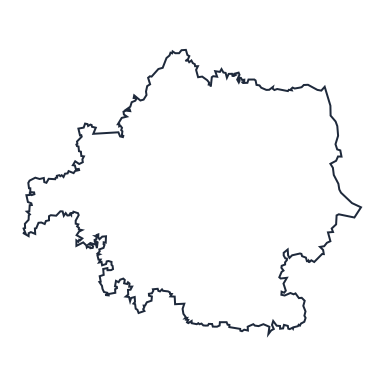 the district of Bogra, Rajshahi, Bangladesh
{"feature_id": "16705992B87441692505107", "entity_name": "Bogra", "entity_type": "district", "adm_level": 2, "iso_a3": "BGD", "parent_name": "Bangladesh", "parent_adm1": "Rajshahi", "projection": "mercator", "projection_center": [89.284, 24.83], "detail": "fine", "context": "isolated", "style": "outline", "palette": "slate", "viewbox_px": 384, "rotation_deg": 0, "n_neighbors": 0, "source": "geoboundaries", "source_scale": "gbopen_adm2", "svg_char_len": 5876}
<svg xmlns="http://www.w3.org/2000/svg" viewBox="0 0 384 384"><path d="M324.7,86.8L321.3,90.6L317.4,89.9L308.0,84.8L303.8,85.0L301.6,87.2L299.4,87.7L294.7,88.5L292.6,87.6L291.2,88.9L291.8,90.3L288.8,89.8L287.9,91.1L277.2,89.0L274.4,90.0L272.5,88.5L272.9,87.0L269.2,89.8L266.3,89.9L261.2,87.7L259.5,85.4L256.5,84.9L255.6,80.5L254.3,79.5L248.5,79.5L247.4,82.8L243.1,83.0L242.4,82.3L244.2,81.5L244.3,79.7L242.2,80.0L240.9,77.9L239.1,77.7L239.6,80.7L238.8,82.5L237.2,79.6L239.5,74.8L238.6,72.6L234.2,73.8L233.9,74.9L235.3,75.2L233.8,76.0L232.5,75.9L232.0,73.8L228.7,73.9L226.9,77.8L225.6,72.9L223.4,72.5L221.5,69.1L219.9,71.9L215.2,71.2L217.1,76.7L213.2,76.2L211.8,77.2L210.8,86.6L210.2,84.8L208.7,84.6L209.1,82.6L207.2,80.2L202.2,76.6L198.1,77.2L196.1,69.9L197.9,66.2L195.1,66.2L194.8,64.2L192.8,63.1L191.4,60.5L189.2,62.2L187.9,60.2L185.4,61.0L188.1,59.0L189.3,56.1L187.4,55.0L185.9,49.9L181.5,50.2L179.1,53.2L175.3,53.2L172.6,51.4L172.1,53.3L170.5,52.7L169.5,55.5L166.5,58.0L162.7,67.8L158.4,69.0L151.6,76.6L149.9,76.3L148.1,77.8L150.1,84.3L147.2,86.1L146.0,91.5L146.5,95.0L143.6,99.6L140.4,100.5L134.2,95.4L133.7,98.0L136.7,98.3L135.3,100.7L131.7,102.2L130.3,106.7L126.6,109.3L129.7,109.4L130.2,111.1L125.9,110.6L123.5,111.7L123.9,114.5L126.9,116.6L121.7,117.9L117.9,124.2L119.2,124.2L119.2,126.3L120.4,125.7L122.0,127.8L121.2,130.1L122.4,131.3L121.9,135.2L123.3,135.9L122.9,137.1L120.1,136.4L118.4,132.3L93.3,133.8L95.8,127.7L92.0,126.8L91.6,125.0L90.4,124.6L88.1,126.0L87.5,124.1L85.1,123.6L83.7,127.6L78.4,128.6L80.0,135.4L81.3,135.2L81.7,136.7L77.0,141.5L77.4,143.8L76.4,144.5L77.0,146.1L78.5,146.5L79.0,151.2L80.9,151.7L81.3,156.0L83.9,156.4L82.4,159.3L82.8,162.2L79.2,164.0L75.2,161.3L72.9,165.2L74.9,165.5L75.9,169.3L78.8,168.9L79.1,170.1L75.1,171.0L73.6,173.1L68.6,171.1L67.6,173.4L65.0,173.7L63.5,177.0L61.7,175.2L60.3,176.2L59.3,175.2L56.9,175.8L57.1,177.6L55.7,177.7L55.2,179.2L48.7,178.8L46.4,182.8L44.3,182.1L43.8,178.0L39.6,179.0L35.3,177.7L29.6,180.6L28.3,182.9L29.0,188.2L30.3,188.3L30.3,192.1L34.1,192.4L34.4,194.2L31.7,195.1L29.8,193.5L29.7,195.0L26.4,195.2L27.9,202.0L31.3,203.3L31.8,205.0L29.7,205.2L29.3,211.3L26.9,211.6L29.9,214.4L28.8,215.3L28.6,219.8L24.9,223.8L25.1,228.0L23.6,228.5L25.4,233.0L23.0,232.9L28.6,236.1L28.7,233.2L30.9,232.1L35.2,233.9L34.9,228.5L36.3,228.2L38.5,222.8L41.3,222.5L44.7,224.0L45.9,221.0L49.0,220.3L49.0,216.2L50.8,215.2L56.2,215.7L60.4,211.3L62.6,211.4L63.8,215.8L65.7,213.1L67.4,215.5L69.0,215.4L70.0,213.8L71.2,215.2L71.3,213.0L72.9,213.0L73.4,211.7L78.0,213.2L78.7,215.1L75.7,220.6L75.7,223.7L78.3,224.4L77.1,226.4L78.9,227.7L78.8,229.4L82.0,230.1L79.0,231.6L76.6,235.2L82.3,238.4L80.1,240.4L79.2,239.8L78.4,241.8L76.4,240.4L76.4,245.9L83.2,242.4L86.3,245.4L86.8,247.5L87.6,246.6L89.6,247.5L89.6,246.5L90.4,248.2L92.7,247.9L93.1,246.3L91.6,244.8L88.4,244.5L90.4,243.0L96.1,244.7L96.9,248.1L97.6,242.3L96.7,241.7L97.0,243.6L95.8,244.0L94.6,241.0L95.3,239.9L93.9,240.4L96.4,239.0L96.7,237.0L95.3,236.1L97.0,236.1L96.7,235.0L98.3,234.4L98.2,237.2L99.5,239.2L102.3,236.6L106.0,236.3L105.7,242.7L103.7,242.3L103.6,244.3L104.5,244.9L103.5,247.9L99.3,249.4L99.7,251.4L97.6,253.5L99.7,254.3L97.4,255.2L98.5,259.6L100.6,259.6L99.0,262.5L101.5,261.9L102.1,265.3L106.1,264.0L106.7,261.4L108.4,261.0L111.5,261.9L111.5,264.8L112.6,265.9L113.0,269.1L111.1,270.1L107.5,270.2L107.4,268.1L103.2,269.0L103.7,274.9L99.7,276.2L100.7,281.7L99.4,282.0L102.0,285.9L102.5,288.9L104.0,292.0L107.3,292.8L107.2,294.3L105.2,295.0L108.7,295.4L108.7,294.0L115.3,292.8L115.1,289.2L117.0,288.1L116.8,286.8L115.0,286.3L116.0,280.9L118.6,282.2L120.1,279.7L123.3,278.6L124.8,280.0L124.1,283.3L127.2,284.0L128.0,282.3L129.5,283.5L129.2,286.7L132.1,286.6L130.5,289.7L128.0,289.9L128.2,294.6L125.8,296.6L129.0,297.0L130.1,301.3L131.1,298.0L134.7,297.0L135.0,301.9L133.5,303.6L135.1,304.1L135.7,308.7L137.4,309.8L138.6,313.0L144.4,311.0L143.2,309.1L144.2,307.5L143.7,305.6L145.1,305.6L146.8,302.3L151.5,300.7L151.9,296.5L149.0,295.7L148.9,293.8L151.9,293.3L153.3,290.8L152.9,289.3L157.7,288.8L158.4,290.9L160.0,291.4L162.0,289.4L163.0,290.8L168.1,291.4L169.9,292.4L170.0,293.8L171.8,294.0L170.4,296.4L174.7,296.6L175.1,304.2L184.3,303.7L182.6,308.9L183.4,313.8L185.9,317.3L185.0,318.3L187.1,318.0L186.2,319.7L188.2,319.9L187.0,322.3L188.3,323.1L191.6,321.0L191.7,323.2L196.8,324.2L198.3,323.2L199.4,324.2L201.5,323.6L203.3,325.4L205.7,325.6L207.9,325.5L208.8,323.9L212.1,324.0L212.8,326.6L217.0,326.7L219.6,325.5L219.9,322.2L226.6,322.2L227.6,324.7L229.4,324.9L229.3,327.1L240.2,328.9L240.4,330.7L242.0,331.2L244.2,329.7L247.9,330.5L247.7,326.7L253.3,324.2L254.9,325.6L258.6,326.1L263.4,324.2L269.4,326.8L268.4,334.1L271.2,330.4L273.8,329.0L272.0,325.0L273.2,321.0L276.7,325.7L280.0,326.0L280.1,328.7L283.1,328.4L284.0,324.9L287.8,325.9L288.3,328.7L289.7,329.1L292.4,327.8L293.0,328.7L293.4,327.3L297.9,326.2L298.7,324.8L299.9,325.6L300.9,323.6L304.3,321.8L305.6,317.9L304.4,315.7L305.5,311.4L303.3,305.9L304.7,300.8L301.7,297.8L298.9,298.1L295.5,293.4L293.6,294.3L290.4,293.0L284.7,295.5L281.4,294.8L281.6,291.7L284.2,292.7L285.8,290.7L283.5,283.6L286.9,277.8L280.7,278.5L279.3,277.3L281.6,271.9L283.5,270.6L281.4,267.8L281.7,265.8L285.1,264.5L285.1,262.3L286.9,260.1L286.9,258.6L285.3,258.3L283.7,255.5L283.7,252.8L287.7,249.5L288.1,255.3L289.5,257.9L292.1,255.3L300.0,253.5L301.4,253.9L302.1,256.2L305.9,257.6L306.9,261.1L308.4,260.8L308.9,262.7L309.0,261.0L309.7,261.8L311.3,260.3L314.2,262.0L322.1,254.0L323.8,254.1L323.1,249.9L320.0,246.9L324.2,246.2L326.9,242.8L330.4,241.2L328.0,232.4L333.0,232.0L331.7,228.5L336.1,224.4L336.6,215.4L338.8,214.3L354.4,217.5L361.0,207.3L352.0,203.1L341.0,192.7L339.3,189.5L338.4,183.8L333.8,175.0L332.9,167.8L330.4,163.8L336.1,160.8L338.0,156.5L341.5,156.6L340.3,150.4L337.2,149.4L335.5,144.2L338.1,135.8L337.3,126.1L335.6,121.5L330.6,115.6L330.4,105.7L324.7,86.8Z" fill="none" stroke="#1e293b" stroke-width="2"/></svg>